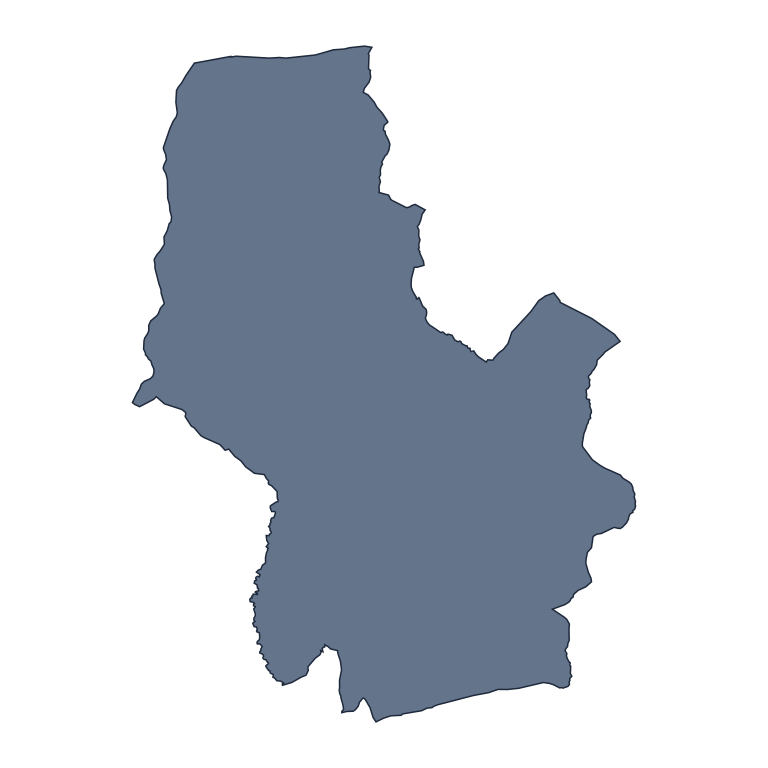 the district of Ludesti, Dâmbovita, Romania
{"feature_id": "2599482B18388771363687", "entity_name": "Ludesti", "entity_type": "district", "adm_level": 2, "iso_a3": "ROU", "parent_name": "Romania", "parent_adm1": "Dâmbovita", "projection": "robinson", "projection_center": [25.213, 44.925], "detail": "fine", "context": "isolated", "style": "filled", "palette": "slate", "viewbox_px": 768, "rotation_deg": 0, "n_neighbors": 0, "source": "geoboundaries", "source_scale": "gbopen_adm2", "svg_char_len": 6093}
<svg xmlns="http://www.w3.org/2000/svg" viewBox="0 0 768 768"><path d="M620.1,341.4L614.5,334.4L591.8,318.5L560.2,302.4L559.8,300.6L553.8,292.9L545.6,295.9L538.7,300.7L531.0,311.4L511.8,332.2L508.0,343.6L503.3,349.5L498.9,352.8L494.2,357.9L492.8,360.2L487.7,359.8L486.3,362.1L478.4,356.8L476.0,354.4L473.8,350.9L471.0,351.5L470.3,350.5L470.1,348.3L467.8,348.1L467.0,345.7L465.8,345.8L461.7,343.6L461.3,342.2L459.9,341.0L457.9,341.8L454.7,339.9L452.1,335.3L448.0,334.1L447.2,335.0L445.4,334.2L442.8,332.0L440.7,332.5L429.3,324.8L426.9,321.8L425.4,318.3L426.5,314.4L426.7,312.2L426.1,309.4L422.6,306.0L419.3,298.1L418.8,297.6L417.2,299.2L416.3,298.9L416.4,297.5L412.9,291.6L411.3,287.4L411.1,283.9L411.5,278.3L414.3,267.3L417.4,267.2L424.0,265.3L423.5,261.4L419.5,252.4L419.9,251.5L418.3,249.1L419.1,248.0L418.8,244.2L420.0,239.8L418.7,236.1L418.9,230.0L417.3,226.5L419.0,224.5L420.7,220.2L422.1,214.3L425.2,209.9L415.1,204.4L411.4,205.7L409.8,206.9L406.5,207.7L391.7,200.2L390.6,199.1L388.6,195.1L379.0,192.5L379.3,191.2L379.0,186.3L380.4,181.6L379.2,177.4L380.5,174.9L380.3,170.0L381.0,166.8L382.5,164.1L381.7,162.2L385.2,155.8L387.0,154.2L388.9,150.2L389.9,144.2L388.5,140.1L385.3,133.9L385.2,131.4L383.5,130.2L383.4,129.2L384.2,125.2L387.8,122.2L387.6,121.3L382.4,113.3L377.0,107.3L374.2,102.2L368.2,95.0L363.3,92.4L364.3,88.5L369.1,82.1L370.7,77.2L370.0,71.7L370.5,70.5L368.5,68.7L369.0,55.0L368.3,53.7L371.9,47.3L364.6,46.1L349.5,47.7L344.4,49.0L333.4,49.8L315.3,55.0L286.0,58.1L279.5,57.5L269.3,58.1L235.9,56.2L231.0,57.1L230.9,56.4L194.4,63.1L185.9,75.5L181.8,82.7L178.1,87.4L176.5,90.5L175.9,102.3L177.3,112.9L176.2,116.9L173.1,121.3L169.9,128.6L163.4,147.5L163.6,149.6L165.7,154.5L166.4,159.7L163.9,165.1L163.3,167.4L163.4,169.1L165.9,173.7L167.4,179.8L167.7,198.1L169.5,204.8L169.9,210.6L171.6,216.7L171.4,218.7L171.0,221.8L169.2,223.6L167.2,230.8L164.0,236.9L164.4,244.3L160.2,250.9L157.0,254.6L154.4,259.0L154.2,260.4L154.9,263.8L155.0,268.3L159.0,284.0L161.0,289.6L161.2,293.3L164.3,303.6L160.4,308.3L158.2,313.9L156.7,315.9L150.7,320.9L148.7,325.4L148.8,330.5L147.7,333.5L144.7,338.1L144.0,340.9L143.6,349.1L145.4,353.0L145.5,354.9L147.3,356.6L148.4,358.9L151.0,361.2L152.0,364.9L153.8,368.8L154.0,372.1L152.9,376.1L150.4,378.6L144.4,381.3L141.3,384.2L139.8,388.7L137.0,393.1L132.4,402.6L134.7,404.4L139.6,406.7L153.7,399.3L156.3,396.7L164.4,403.8L181.9,409.5L185.5,412.4L185.8,413.4L185.2,416.4L185.5,417.2L191.4,426.2L194.2,427.8L200.8,435.6L204.3,437.7L219.9,444.6L225.2,450.3L228.7,449.1L234.8,456.4L240.9,460.8L245.6,466.8L254.4,473.3L264.4,474.6L266.2,478.2L268.6,480.9L268.3,483.3L268.8,484.4L271.5,485.6L277.1,491.5L277.3,498.3L278.2,500.4L277.9,501.6L276.0,502.1L270.6,505.7L270.2,506.7L270.3,508.0L271.7,511.5L275.1,511.6L275.5,512.9L273.9,517.5L271.5,518.2L270.6,520.6L271.0,522.2L270.0,523.6L269.9,525.6L268.6,526.3L270.2,528.7L270.0,530.3L271.2,531.9L271.0,533.3L269.4,534.3L269.1,535.7L266.2,535.5L266.8,540.5L268.6,543.5L266.2,546.7L268.2,548.1L267.4,549.3L267.6,550.4L266.4,553.0L265.5,557.5L265.5,563.0L262.5,565.1L260.8,569.2L258.3,570.1L256.4,572.1L260.1,574.7L259.3,576.8L257.7,576.2L255.9,577.4L255.8,578.6L256.5,580.1L254.7,580.9L254.2,583.2L256.9,584.7L257.6,588.3L258.5,589.0L258.7,590.8L255.5,591.6L255.3,592.3L257.2,593.1L257.5,594.4L253.2,594.1L252.9,595.5L251.7,596.3L252.0,598.0L250.4,598.2L249.8,599.8L250.2,601.7L252.9,602.2L254.5,603.3L253.5,604.4L253.6,605.9L255.0,606.2L255.4,606.9L253.7,608.9L255.4,614.2L255.0,616.5L253.9,618.1L253.9,620.2L255.0,621.5L253.3,622.5L252.8,623.5L254.2,626.7L256.2,626.9L257.2,628.3L256.6,631.7L259.3,632.8L259.5,633.4L259.7,637.5L259.3,639.8L257.3,641.5L257.0,643.1L257.4,644.0L259.1,643.7L260.4,644.4L262.2,646.5L260.8,649.1L261.0,650.1L259.9,651.7L259.7,652.9L262.9,654.4L263.6,656.0L262.9,657.8L263.1,658.5L263.9,659.3L266.2,659.9L267.1,661.8L268.4,662.9L268.2,663.8L265.9,665.7L265.9,666.6L268.6,670.5L269.9,671.0L270.3,673.1L273.0,674.4L273.3,675.6L272.9,677.3L274.4,677.8L276.8,680.7L280.5,681.1L283.6,682.8L283.7,683.4L282.3,683.9L282.5,685.3L292.0,682.4L301.3,677.1L306.0,675.2L308.3,670.4L307.9,667.5L308.2,666.5L315.3,658.2L319.9,654.8L321.0,652.3L320.7,650.6L322.9,651.8L322.2,648.7L323.1,647.5L324.8,646.8L324.7,644.8L328.0,646.5L330.5,648.9L337.5,650.6L338.0,653.8L340.4,661.2L341.4,668.5L341.5,670.2L339.5,680.3L339.6,686.8L339.2,690.5L339.9,694.2L340.8,695.7L340.9,697.8L342.9,704.7L343.6,709.5L341.9,711.2L341.8,712.7L346.7,711.5L353.3,711.2L355.4,709.7L358.3,706.1L359.4,702.4L362.7,698.3L363.6,698.0L365.3,699.5L370.1,707.8L373.1,717.5L376.0,721.9L383.5,718.2L391.0,715.8L401.1,715.3L402.7,713.9L421.7,710.7L427.1,708.1L432.1,707.6L433.9,706.2L437.9,704.7L473.4,695.5L488.8,692.6L498.1,689.4L507.4,689.5L518.8,688.3L543.5,682.5L549.8,683.5L553.7,684.8L559.6,687.9L561.6,687.6L563.0,688.1L567.9,686.4L569.0,685.2L569.5,684.1L569.1,682.1L569.9,680.4L569.7,678.6L571.8,676.3L570.4,673.7L570.7,666.2L569.8,665.1L570.2,662.8L569.1,662.0L567.2,658.3L566.4,655.8L566.9,653.7L565.1,650.7L565.8,648.7L567.5,646.7L567.9,643.5L569.2,640.4L569.0,628.8L569.4,624.1L566.8,619.4L564.7,617.5L552.3,609.2L564.9,604.6L568.9,602.1L570.2,600.6L571.1,598.5L573.0,597.3L573.6,594.4L574.4,593.7L578.1,590.4L585.7,586.9L591.5,581.8L591.0,578.2L588.3,572.1L585.8,563.2L586.0,559.7L587.4,552.4L591.5,547.7L593.1,536.5L596.7,534.2L601.3,533.5L614.1,527.4L619.1,528.5L620.5,528.4L622.4,527.2L626.4,523.0L628.5,519.2L628.7,517.1L630.1,513.9L633.0,512.3L632.8,510.6L634.7,509.1L635.6,505.9L635.1,504.2L635.5,501.5L634.2,497.0L634.8,494.1L633.1,490.4L632.8,487.5L631.4,484.1L629.2,482.1L623.0,478.3L620.3,475.0L605.1,468.3L599.8,465.2L592.4,459.8L582.5,446.6L582.3,443.5L583.9,433.8L586.6,426.8L586.5,425.5L588.0,423.2L588.7,420.0L590.7,418.1L590.2,416.5L590.6,413.6L591.3,413.0L591.4,410.8L589.7,406.1L590.2,403.8L589.0,401.8L589.8,400.1L589.0,399.3L587.3,399.3L586.2,397.8L586.7,395.7L586.1,389.7L588.2,388.3L589.8,385.6L589.3,382.2L589.9,379.7L588.8,378.5L588.3,376.4L591.5,373.0L592.1,371.2L593.8,369.7L596.6,364.8L597.2,360.2L603.4,354.1L604.7,352.2L620.1,341.4Z" fill="#64748b" stroke="#1e293b" stroke-width="1.5"/></svg>